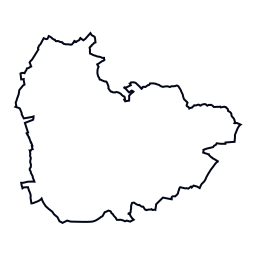 Lopadea Noua, Alba, Romania
{"feature_id": "2599482B252986267254", "entity_name": "Lopadea Noua", "entity_type": "district", "adm_level": 2, "iso_a3": "ROU", "parent_name": "Romania", "parent_adm1": "Alba", "projection": "equal_earth", "projection_center": [23.856, 46.282], "detail": "fine", "context": "isolated", "style": "outline", "palette": "ink", "viewbox_px": 256, "rotation_deg": 0, "n_neighbors": 0, "source": "geoboundaries", "source_scale": "gbopen_adm2", "svg_char_len": 5688}
<svg xmlns="http://www.w3.org/2000/svg" viewBox="0 0 256 256"><path d="M62.4,222.9L67.2,220.6L70.6,221.6L84.1,221.9L89.9,221.8L92.7,221.5L94.5,221.0L96.2,220.2L98.4,218.9L101.4,216.7L102.3,216.4L102.8,215.7L104.7,212.2L105.3,212.1L108.4,210.6L110.4,211.2L111.1,212.1L111.5,213.2L112.9,214.2L113.6,215.5L115.7,217.8L116.8,219.8L119.6,219.9L120.0,219.7L120.9,219.8L123.4,220.5L125.0,221.3L126.8,220.6L130.2,221.6L133.7,219.7L132.0,218.1L130.3,215.5L130.1,214.7L128.5,213.8L128.7,213.3L130.2,213.0L130.6,212.2L130.8,209.8L131.1,208.6L131.1,206.2L131.3,205.1L132.1,202.9L133.9,202.6L136.3,204.2L138.3,205.1L139.3,204.9L139.6,205.3L140.1,205.5L141.6,206.6L143.2,206.7L145.0,209.5L146.3,210.1L146.8,209.8L147.6,209.9L148.1,209.7L149.0,209.5L151.6,209.5L151.7,209.3L152.7,210.0L155.0,209.6L155.4,209.8L156.2,204.2L162.9,197.6L171.7,199.3L171.8,198.9L171.5,197.8L171.8,197.0L172.3,196.5L172.7,196.3L175.3,196.3L175.9,195.6L177.1,194.7L177.4,194.1L178.1,193.2L178.1,192.5L178.5,191.0L178.8,190.2L179.1,189.8L179.2,188.6L180.2,187.2L185.3,188.4L186.5,188.2L188.3,188.6L191.0,186.6L191.7,187.5L193.6,185.6L197.1,186.6L199.7,188.1L200.9,185.3L201.8,183.8L203.8,181.9L204.6,180.9L205.7,178.9L206.1,177.7L208.0,174.2L210.8,169.7L212.6,167.4L215.1,164.0L216.1,162.8L217.5,161.6L218.5,161.6L217.2,160.9L214.5,159.2L212.4,158.2L212.3,157.7L210.7,156.8L210.3,156.3L208.9,154.9L208.8,154.3L208.1,154.2L203.2,152.6L203.6,150.1L203.5,149.8L206.8,148.6L213.1,147.1L214.1,145.7L215.8,144.9L216.7,143.3L220.7,143.8L225.4,143.8L225.5,142.5L234.6,141.8L235.0,136.3L234.9,135.3L235.3,134.0L237.6,128.4L239.3,125.6L240.6,124.6L237.0,123.0L234.8,123.2L234.5,123.1L235.1,122.4L234.1,119.0L232.6,117.1L232.1,116.7L231.6,115.9L231.5,115.4L231.4,114.1L231.1,113.3L230.8,112.8L230.2,112.2L229.2,111.5L228.2,111.1L227.8,109.1L227.4,108.7L226.5,108.1L226.4,107.5L225.5,107.0L224.9,107.0L224.2,106.7L220.8,107.4L220.2,106.6L218.8,106.9L217.2,106.8L214.0,107.0L213.5,106.7L212.6,105.7L211.0,104.8L210.6,105.0L208.8,104.9L207.3,105.7L205.6,104.3L205.2,104.1L204.3,104.1L201.7,104.7L201.4,104.9L200.7,105.6L199.7,105.4L199.1,104.8L198.4,104.7L197.6,104.8L196.5,105.3L195.1,105.4L194.2,105.3L193.7,106.0L192.3,107.1L192.0,107.6L190.5,107.9L189.3,108.5L189.1,107.8L188.2,106.8L187.4,106.5L186.9,106.1L186.6,105.3L187.5,102.7L187.0,101.9L186.6,101.7L186.2,101.4L185.6,100.6L184.3,99.5L184.0,99.1L183.2,96.9L182.7,94.4L181.7,92.5L180.6,89.8L178.4,86.3L177.6,85.8L177.0,85.6L176.4,85.5L175.5,86.0L174.6,86.2L171.3,86.3L170.5,86.8L170.0,87.0L169.4,86.9L168.0,86.4L167.2,86.3L164.7,86.5L162.9,86.9L160.6,86.1L159.2,85.0L156.0,84.0L155.9,83.8L153.6,83.4L150.7,83.4L149.9,83.5L149.8,84.1L149.4,84.7L148.7,85.1L147.8,85.2L145.4,87.0L144.2,86.8L143.1,86.8L141.9,87.7L142.2,88.2L141.5,88.8L139.6,86.6L135.7,82.9L133.9,82.3L131.0,82.4L130.5,83.4L129.8,83.6L130.8,85.2L126.6,87.3L125.6,87.5L124.6,87.3L124.3,87.4L124.2,87.7L126.1,89.1L127.5,90.8L129.0,92.4L129.3,92.4L130.6,91.3L131.7,90.6L133.0,91.2L133.5,91.7L131.2,93.5L129.2,95.6L129.1,96.1L129.2,97.3L129.1,100.6L125.2,101.3L124.1,99.6L124.3,99.4L125.0,99.2L124.6,97.0L124.4,96.6L123.8,96.3L123.3,96.2L122.3,95.4L121.6,94.8L120.8,93.8L118.3,92.4L116.2,92.0L115.3,92.4L113.1,92.4L111.7,91.6L111.2,91.8L109.8,90.5L109.5,89.9L108.4,88.3L108.5,86.6L108.3,85.9L107.1,82.8L106.3,81.6L104.5,81.4L102.3,80.5L100.3,79.5L99.7,79.5L99.0,77.5L98.4,76.8L97.9,75.4L97.5,73.8L97.4,73.0L97.5,70.2L97.6,69.4L98.6,66.7L97.8,65.7L97.7,65.2L97.2,64.3L97.3,64.2L97.7,64.2L98.8,63.5L101.9,61.3L103.3,60.7L104.3,60.1L104.4,59.7L104.0,58.6L104.0,57.9L102.8,57.9L102.0,57.8L100.7,57.1L99.5,56.8L97.0,56.4L95.4,55.7L93.2,55.1L91.9,54.3L90.1,53.6L89.9,52.0L90.0,49.7L89.8,48.7L89.6,47.6L89.7,47.4L90.0,47.3L90.3,47.1L90.7,46.3L91.6,45.8L91.7,45.2L91.9,45.0L93.3,43.9L93.9,43.1L95.5,42.4L95.3,41.2L95.2,39.3L94.9,38.1L94.9,37.3L93.9,36.3L92.4,35.6L91.5,34.9L90.4,33.1L85.3,38.9L83.3,40.3L80.4,38.0L79.7,39.1L79.8,39.3L79.6,39.7L78.8,40.4L77.3,41.0L76.4,41.9L75.9,42.1L75.2,42.0L75.1,41.9L75.2,41.4L74.8,41.3L74.5,40.9L74.4,40.9L74.3,41.3L73.4,42.5L73.4,42.8L73.0,43.1L71.8,44.5L71.4,44.6L70.8,44.7L68.6,44.3L66.4,44.3L65.3,44.2L63.6,43.8L63.3,43.3L62.5,42.9L62.4,42.5L62.1,42.2L60.1,41.9L58.0,41.0L56.1,41.2L55.8,41.1L54.8,39.7L54.3,39.8L52.1,38.4L51.8,37.8L49.7,36.5L48.7,36.1L48.3,37.2L47.5,38.7L46.8,39.1L45.7,39.0L43.7,38.2L40.6,44.0L38.8,46.0L38.5,47.2L38.0,47.9L38.1,48.8L38.4,49.4L37.2,51.4L32.5,58.9L31.7,60.0L30.5,61.1L29.7,62.3L29.6,62.7L29.9,63.1L31.2,66.5L29.7,67.2L29.5,67.5L28.3,68.1L26.9,68.4L26.2,70.5L25.5,71.2L24.6,73.2L22.5,72.8L21.1,73.2L20.5,73.5L21.2,79.4L23.7,79.1L23.6,79.7L24.5,84.6L23.1,85.4L19.3,90.1L18.6,94.6L17.3,98.0L16.3,101.2L15.7,102.6L16.3,105.9L15.4,106.8L19.4,108.2L19.9,108.7L21.7,113.1L21.7,114.4L23.8,118.4L32.3,116.9L33.5,116.4L33.5,118.1L33.0,119.8L24.9,122.9L27.6,131.3L28.1,132.5L26.6,133.2L27.4,134.7L27.6,134.6L28.9,137.6L29.1,137.5L30.8,142.5L31.1,142.4L32.4,145.8L31.8,146.0L32.6,149.1L32.0,149.1L31.7,149.3L31.2,149.8L30.6,150.8L30.4,150.9L29.8,150.7L30.1,151.8L30.1,152.7L30.3,153.9L30.1,155.3L30.1,155.7L30.2,156.5L30.7,157.5L30.8,158.1L30.7,159.0L30.3,160.3L30.2,162.3L30.9,164.4L30.9,165.3L30.8,167.1L29.8,168.5L29.7,169.2L29.8,170.1L30.4,170.9L30.9,172.3L30.9,172.9L32.7,176.3L32.8,177.6L34.1,180.7L34.4,181.7L32.9,181.6L31.8,181.5L30.7,181.7L28.9,181.6L26.9,181.9L25.1,182.4L22.9,182.8L21.2,182.8L21.3,183.3L21.7,185.6L22.5,188.3L23.7,187.4L28.0,187.2L28.9,190.4L29.8,192.3L30.5,194.4L30.7,196.3L30.5,197.7L31.4,203.4L32.9,203.2L37.8,201.3L39.8,200.2L40.9,199.3L41.6,198.5L42.4,200.7L43.3,202.5L45.7,206.2L48.9,209.1L51.7,211.2L52.5,212.0L53.8,214.0L54.7,214.9L57.4,217.1L59.6,221.4L60.9,221.9L62.4,222.9Z" fill="none" stroke="#020617" stroke-width="2"/></svg>